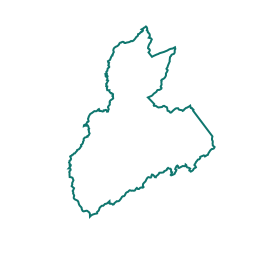 the district of Campo Novo de Rondônia, Rondônia, Brazil, rotated 53°
{"feature_id": "56859067B44422974522674", "entity_name": "Campo Novo de Rondônia", "entity_type": "district", "adm_level": 2, "iso_a3": "BRA", "parent_name": "Brazil", "parent_adm1": "Rondônia", "projection": "equal_earth", "projection_center": [-63.833, -10.498], "detail": "fine", "context": "isolated", "style": "outline", "palette": "teal", "viewbox_px": 256, "rotation_deg": 53, "n_neighbors": 0, "source": "geoboundaries", "source_scale": "gbopen_adm2", "svg_char_len": 5792}
<svg xmlns="http://www.w3.org/2000/svg" viewBox="0 0 256 256"><g transform="rotate(53 128 128)"><path d="M175.9,211.7L175.7,210.3L175.8,208.6L176.5,206.5L176.8,205.7L177.2,205.1L177.6,204.0L176.5,203.2L176.4,201.4L176.0,200.5L174.7,198.7L174.4,196.9L174.4,195.6L175.2,194.5L174.8,192.1L175.5,190.7L175.6,189.8L175.3,186.8L176.6,187.6L177.1,188.2L177.8,187.9L178.3,187.0L178.9,186.5L180.1,186.2L180.4,185.2L179.9,184.5L179.7,181.0L180.4,180.3L180.8,179.4L180.8,178.5L180.2,176.2L179.4,174.3L179.4,173.3L180.0,172.3L179.9,171.2L178.7,168.9L178.6,167.8L179.0,166.2L178.7,165.1L178.8,164.0L180.0,163.2L180.6,162.2L181.7,161.0L182.0,160.1L181.3,158.0L181.2,157.0L182.7,156.8L183.3,156.0L183.1,154.1L183.5,153.1L184.1,152.7L184.6,152.0L184.5,151.1L183.4,151.1L182.3,150.2L181.7,149.5L181.3,147.7L181.2,146.3L180.1,144.2L179.4,142.3L179.5,141.3L180.8,140.2L181.3,139.6L180.9,138.5L180.1,137.9L179.6,136.9L180.3,136.3L181.3,136.1L182.0,136.0L183.5,136.1L184.1,135.4L183.6,134.9L183.4,134.0L183.5,132.9L183.1,130.7L182.6,130.0L182.9,129.3L183.5,128.7L184.7,126.6L184.7,125.8L184.3,125.1L184.8,122.6L184.6,121.9L184.1,121.3L184.0,120.0L185.3,119.6L186.1,118.6L187.1,118.6L189.0,120.0L189.9,119.4L190.6,120.5L191.2,122.1L191.8,122.0L192.2,120.9L192.6,119.1L192.6,118.1L192.1,117.6L191.5,116.0L190.7,114.6L189.3,115.1L188.8,114.5L187.7,112.2L187.7,111.2L188.4,111.0L190.2,111.7L190.7,111.0L191.3,107.2L192.8,105.5L192.5,104.6L191.9,104.0L192.7,103.8L193.7,104.3L194.9,104.5L196.7,103.2L197.8,102.8L198.3,104.0L198.8,104.6L199.6,104.2L200.5,104.2L200.8,103.4L200.8,101.5L200.1,100.0L200.3,97.4L199.0,97.1L197.7,97.3L197.2,96.8L197.0,95.9L196.0,93.9L195.8,92.7L195.3,91.3L195.9,89.8L195.5,88.5L194.5,87.7L195.5,83.9L196.1,83.6L197.0,83.7L197.2,82.8L197.0,82.1L197.5,80.4L196.6,79.0L195.4,75.7L195.2,73.8L195.7,73.1L196.0,71.8L195.7,71.0L195.3,70.3L193.7,70.7L192.7,70.7L192.0,70.1L191.3,69.8L190.2,68.7L189.3,68.2L188.0,68.0L187.3,67.5L186.8,67.1L185.5,65.6L153.3,65.6L152.9,64.7L152.3,64.7L151.3,65.2L150.5,65.0L149.8,65.8L147.6,64.9L147.6,66.4L147.2,68.9L146.9,69.5L147.0,71.8L147.4,73.1L147.2,74.1L146.3,74.1L144.7,75.7L143.8,76.3L142.4,76.1L141.5,77.3L141.1,78.3L141.2,81.1L141.6,84.1L141.2,84.9L140.2,85.1L139.6,84.9L138.8,85.5L138.0,86.0L135.8,84.8L134.9,84.5L133.0,85.5L132.2,85.7L131.6,86.6L131.7,88.2L129.9,91.4L128.0,92.2L126.9,92.5L126.0,93.9L125.3,93.8L124.5,92.6L115.6,93.7L116.5,90.0L116.6,89.0L116.1,86.8L116.2,84.1L116.1,83.2L115.5,82.2L115.5,81.5L116.5,79.8L116.7,77.8L116.2,77.1L115.4,77.2L114.6,77.0L113.6,75.1L111.2,73.6L110.8,72.9L110.1,72.9L109.7,72.0L110.1,69.8L109.9,68.1L109.1,66.4L108.7,65.9L107.4,65.0L106.9,64.1L106.6,63.0L105.7,61.5L104.5,61.8L103.8,61.6L103.3,60.0L102.3,58.7L99.8,54.4L99.2,54.2L96.8,51.9L96.5,51.3L96.4,50.4L95.9,49.6L95.8,48.9L96.4,46.6L95.9,45.4L93.9,43.8L93.3,42.6L91.8,41.9L91.4,44.5L90.4,46.4L90.0,48.0L89.8,50.0L89.3,51.9L88.9,53.5L87.3,57.7L87.1,59.4L86.6,60.8L85.7,64.9L85.6,66.0L80.0,66.1L79.8,65.2L79.3,64.0L78.6,63.6L77.8,63.5L77.1,63.9L76.4,64.0L75.7,63.4L74.3,61.4L73.5,59.7L73.2,58.4L72.2,57.0L71.6,55.7L71.0,55.6L70.0,55.8L68.4,57.1L67.8,55.3L66.2,54.3L64.2,54.3L63.6,54.6L62.6,53.9L61.3,54.2L60.8,53.3L59.9,52.7L58.3,52.4L57.7,52.6L57.8,53.6L57.6,54.7L57.7,55.6L57.4,57.9L58.2,57.7L59.0,57.3L59.4,57.8L59.5,59.5L59.1,59.9L59.6,62.3L59.1,63.4L60.3,64.7L60.4,67.2L60.9,68.1L61.5,71.1L61.1,72.6L60.4,73.1L60.3,74.3L60.0,75.6L58.8,78.0L58.7,78.7L57.9,79.7L57.4,79.6L56.6,79.8L56.1,80.2L55.7,81.1L55.7,81.9L55.2,82.8L55.3,84.1L55.9,84.8L56.2,87.1L55.8,88.7L55.7,90.5L56.0,91.5L56.4,92.2L57.2,93.1L58.8,93.6L59.4,95.0L59.9,95.5L60.1,96.5L60.8,96.8L60.7,97.6L60.9,98.4L61.6,99.3L61.8,100.0L62.4,100.7L62.8,101.7L62.7,102.4L62.8,103.1L62.6,103.8L64.0,104.4L64.6,104.0L65.1,104.7L65.6,105.0L66.0,106.0L66.8,106.1L67.4,105.9L68.1,106.4L68.3,108.5L69.9,110.1L69.9,110.8L70.2,111.7L71.6,112.1L71.3,113.6L72.1,113.6L72.9,114.6L73.6,114.6L73.6,113.0L74.5,113.2L75.0,114.3L76.7,115.0L77.0,116.0L78.3,115.5L79.2,117.7L79.7,118.2L79.7,119.0L80.5,119.2L81.4,120.2L82.3,119.5L82.8,119.9L83.2,120.8L85.3,121.8L86.6,120.1L87.2,120.8L88.6,120.9L89.5,120.8L90.0,120.3L90.6,120.5L91.2,119.7L92.0,119.6L92.6,120.2L93.0,121.1L93.5,120.8L95.5,122.1L95.4,125.3L95.6,126.2L96.2,127.1L96.8,127.1L97.4,127.9L98.4,128.5L98.7,130.2L99.1,131.2L99.5,131.6L100.1,131.6L101.4,132.1L101.9,133.1L102.8,134.0L102.4,134.9L100.9,134.5L100.2,134.8L99.8,135.9L99.3,136.8L99.9,137.4L99.5,138.4L98.3,139.2L97.5,140.3L96.8,140.7L96.1,139.9L95.4,139.8L95.3,140.8L95.6,142.2L95.6,143.0L94.9,144.1L94.3,144.7L94.3,147.4L94.1,149.8L95.2,152.4L96.1,153.4L96.3,154.1L97.0,154.6L98.9,155.4L99.1,156.0L98.7,156.9L99.7,158.9L99.3,161.5L99.9,162.1L100.1,161.1L101.2,159.8L101.0,158.8L101.9,158.6L103.6,159.0L104.4,159.5L105.2,159.5L105.5,160.6L106.7,160.9L107.6,161.6L109.2,161.9L110.2,163.8L110.0,165.3L110.6,165.5L110.0,167.4L109.6,168.4L110.1,170.1L111.4,170.9L111.8,172.1L112.5,172.6L113.1,173.6L113.3,174.5L113.3,175.8L114.5,176.3L114.7,177.6L115.1,178.3L115.4,180.0L115.0,181.9L115.5,182.3L115.9,184.4L116.3,185.7L115.8,186.6L116.2,188.0L115.9,188.9L116.2,189.8L115.9,190.5L115.9,191.3L117.8,191.8L118.4,192.1L119.0,193.1L119.0,194.4L119.7,194.9L120.0,195.8L120.9,195.9L122.5,196.9L122.7,196.0L123.2,196.0L123.8,196.8L124.2,197.8L124.6,199.6L125.1,198.9L126.2,198.6L126.9,199.0L127.2,199.7L127.4,200.8L127.9,201.5L128.7,201.7L130.2,202.9L132.1,204.1L133.0,203.1L134.3,202.3L136.9,203.0L138.4,205.8L139.4,206.3L140.5,208.0L143.6,207.3L144.6,209.0L145.0,210.1L146.4,210.4L147.2,211.2L149.5,211.6L150.0,212.1L150.6,213.0L151.6,213.6L153.0,213.4L155.7,212.0L157.0,212.1L159.3,213.0L160.8,213.3L163.2,213.0L163.9,213.1L164.8,213.7L166.4,214.1L167.1,214.1L167.9,213.6L169.1,210.9L169.7,210.4L172.0,209.8L172.6,209.8L173.8,210.2L175.9,211.7Z" fill="none" stroke="#0f766e" stroke-width="2"/></g></svg>